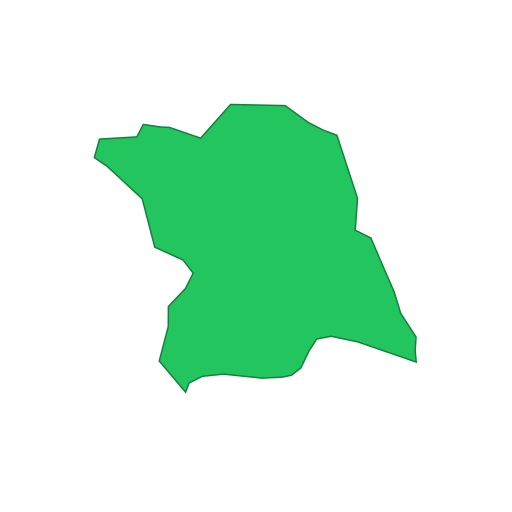 Haut-Nkam, Ouest, Cameroon (Robinson projection), rotated 109°
{"feature_id": "32672807B36469761565883", "entity_name": "Haut-Nkam", "entity_type": "district", "adm_level": 2, "iso_a3": "CMR", "parent_name": "Cameroon", "parent_adm1": "Ouest", "projection": "robinson", "projection_center": [10.205, 5.159], "detail": "fine", "context": "isolated", "style": "filled", "palette": "green", "viewbox_px": 512, "rotation_deg": 109, "n_neighbors": 0, "source": "geoboundaries", "source_scale": "gbopen_adm2", "svg_char_len": 743}
<svg xmlns="http://www.w3.org/2000/svg" viewBox="0 0 512 512"><g transform="rotate(109 256 256)"><path d="M168.3,405.4L182.2,407.5L196.4,442.0L215.6,440.9L219.7,425.9L239.0,382.2L280.6,354.6L283.6,323.6L292.7,309.8L309.6,312.1L332.3,322.4L351.3,316.0L386.8,313.3L407.7,278.2L397.8,277.9L387.3,267.7L378.3,248.4L369.5,210.5L364.2,197.2L361.9,191.6L357.1,183.6L347.3,177.2L328.2,174.9L314.7,171.6L307.4,158.7L304.1,131.9L304.1,70.0L298.3,72.6L293.2,74.8L280.5,78.3L263.1,100.5L253.0,107.8L244.7,113.9L228.5,128.8L219.3,137.2L201.6,153.2L199.3,170.6L168.6,178.7L160.7,184.6L115.5,218.8L115.1,233.5L112.7,250.1L104.3,277.4L121.0,329.4L162.6,346.7L162.6,379.7L165.0,387.8L168.3,405.4Z" fill="#22c55e" stroke="#15803d" stroke-width="1.5"/></g></svg>